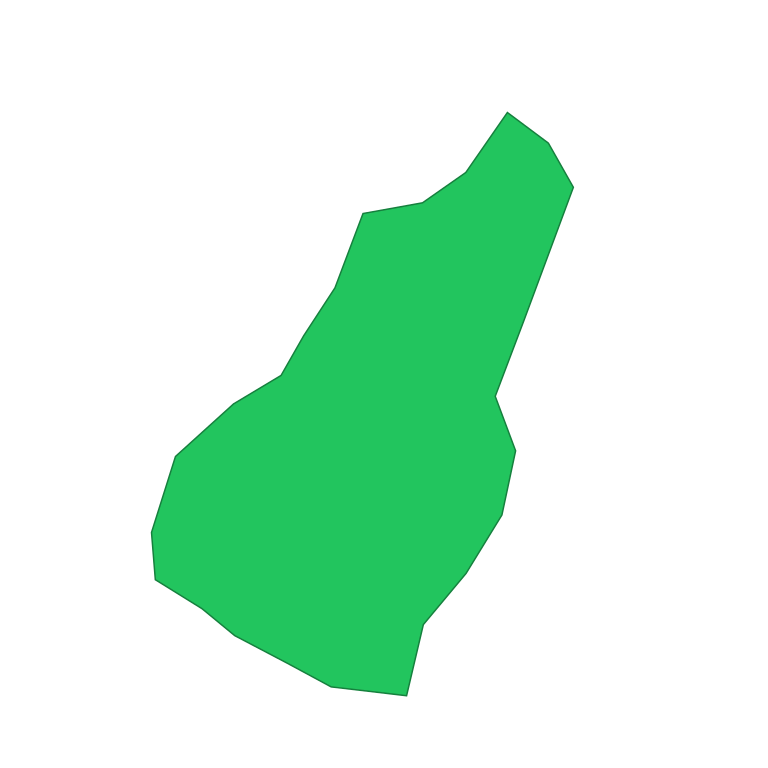 SVG path tracing the border of Attard, rotated 294°
{"feature_id": "MLT-5920", "entity_name": "Attard", "entity_type": "state/province", "adm_level": 1, "iso_a3": "MLT", "parent_name": "Malta", "parent_adm1": "", "projection": "robinson", "projection_center": [14.431, 35.889], "detail": "fine", "context": "isolated", "style": "filled", "palette": "green", "viewbox_px": 768, "rotation_deg": 294, "n_neighbors": 0, "source": "natural_earth", "source_scale": "10m", "svg_char_len": 468}
<svg xmlns="http://www.w3.org/2000/svg" viewBox="0 0 768 768"><g transform="rotate(294 384 384)"><path d="M233.0,223.0L304.7,254.7L350.0,286.5L395.3,291.0L451.9,300.1L531.2,295.5L565.2,345.5L610.5,372.7L682.2,386.3L670.9,436.2L640.7,477.0L497.2,486.1L418.0,490.6L376.5,531.4L312.3,545.0L244.3,536.0L180.2,517.8L108.4,531.4L85.8,458.9L89.6,408.9L93.4,350.0L104.7,309.2L112.2,254.7L153.8,232.0L233.0,223.0Z" fill="#22c55e" stroke="#15803d" stroke-width="1.5"/></g></svg>